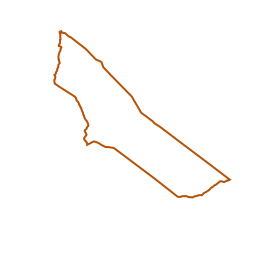 Santa Barbara, Heredia, Costa Rica (Mercator projection), rotated 127°
{"feature_id": "36466004B69757092766150", "entity_name": "Santa Barbara", "entity_type": "district", "adm_level": 2, "iso_a3": "CRI", "parent_name": "Costa Rica", "parent_adm1": "Heredia", "projection": "mercator", "projection_center": [-84.144, 10.082], "detail": "fine", "context": "isolated", "style": "outline", "palette": "amber", "viewbox_px": 256, "rotation_deg": 127, "n_neighbors": 0, "source": "geoboundaries", "source_scale": "gbopen_adm2", "svg_char_len": 5122}
<svg xmlns="http://www.w3.org/2000/svg" viewBox="0 0 256 256"><g transform="rotate(127 128 128)"><path d="M108.0,15.6L107.9,38.6L107.9,75.7L107.8,103.5L108.3,109.9L107.8,112.1L107.8,122.2L107.9,126.5L100.6,144.0L96.0,174.3L94.3,184.3L91.3,189.0L92.6,195.0L90.3,209.2L90.0,228.6L90.6,230.6L90.1,235.4L92.0,238.7L91.1,239.1L90.4,240.4L90.8,240.0L91.1,239.8L91.6,239.8L91.8,239.9L92.0,240.2L92.1,240.3L92.5,240.4L92.7,240.2L93.2,239.7L93.6,238.9L93.8,238.7L94.0,238.3L94.3,238.0L94.5,237.8L94.8,237.7L95.0,237.7L95.3,237.5L95.7,237.2L96.1,236.8L96.2,236.7L96.4,236.5L96.7,236.3L97.1,235.9L97.4,235.6L97.7,235.5L97.7,235.4L98.3,235.4L98.5,235.3L99.9,234.2L100.1,234.0L100.6,233.7L101.0,233.4L101.3,233.3L102.4,233.3L102.5,233.2L102.9,233.2L103.0,233.1L103.4,233.1L103.5,233.0L104.0,232.9L104.1,232.3L103.9,232.1L103.8,231.5L103.7,231.4L103.7,231.2L103.5,230.8L103.5,229.9L103.7,229.7L104.2,229.5L104.7,229.5L105.0,229.5L105.1,229.4L105.6,229.4L106.1,229.0L106.7,228.7L107.4,228.5L107.7,228.4L107.9,228.3L108.6,228.3L109.1,228.1L109.3,228.1L109.7,227.9L109.8,227.9L110.4,227.7L111.6,227.2L113.0,226.4L113.7,225.9L114.0,225.6L114.2,225.4L114.3,225.2L114.7,224.9L115.1,224.2L115.3,224.2L115.4,223.9L115.7,223.6L115.8,223.6L116.3,222.9L116.5,222.7L116.8,222.3L116.8,222.2L117.0,221.9L117.3,221.6L119.2,221.6L119.6,221.5L120.2,221.2L120.3,221.1L120.5,221.0L121.2,220.4L121.5,220.4L122.4,220.2L122.9,220.2L123.4,220.0L123.5,220.0L124.1,219.6L124.6,219.2L124.8,219.2L125.2,219.2L125.5,219.1L126.4,219.1L126.6,219.0L127.0,219.0L127.4,218.8L127.8,218.4L129.4,218.4L130.0,218.6L130.3,217.5L130.5,217.4L130.7,217.0L130.9,216.8L131.2,216.6L131.5,216.5L131.8,216.3L132.0,216.2L132.4,216.0L132.9,215.9L133.2,215.8L134.0,215.8L134.2,215.5L134.3,215.4L134.8,215.2L135.2,214.8L135.3,214.6L135.9,213.9L136.6,213.2L136.4,207.8L135.1,191.6L135.1,190.4L135.0,190.2L135.0,189.1L135.1,188.9L135.1,188.5L135.2,188.1L135.6,187.3L135.9,187.0L136.0,186.8L136.4,186.3L136.6,186.0L136.7,185.9L136.8,185.7L137.0,185.4L137.1,185.2L137.1,184.3L137.2,184.2L137.3,183.3L137.4,183.1L137.5,183.0L137.7,182.5L137.9,182.3L138.0,182.0L138.3,181.6L138.6,181.1L138.7,180.8L138.8,180.8L138.8,180.6L139.5,179.3L139.6,179.0L139.8,178.8L139.8,178.7L139.9,178.4L140.0,178.3L140.1,177.9L140.2,177.6L140.4,177.4L140.5,177.0L140.7,176.8L140.8,176.7L141.0,176.4L141.2,176.2L141.4,175.9L141.5,175.8L141.5,175.7L141.8,175.3L142.2,174.6L142.5,174.1L142.9,173.3L143.2,172.9L143.3,172.8L143.4,172.7L143.6,172.5L143.7,172.3L144.1,171.8L144.3,171.3L144.3,171.2L144.4,170.9L144.5,170.7L144.8,170.7L145.1,170.0L145.7,169.3L146.2,168.5L146.5,167.8L146.7,167.2L147.0,166.6L147.0,166.2L147.1,165.7L147.3,165.3L147.3,165.1L147.5,164.6L147.8,164.0L147.8,163.8L148.0,163.5L148.1,163.3L148.2,163.2L148.7,162.5L148.8,162.3L149.0,162.0L149.5,161.5L149.7,161.4L150.2,161.0L151.0,161.0L151.4,161.2L152.0,161.2L152.7,161.1L153.1,160.8L153.6,160.6L153.8,160.7L154.4,160.8L154.5,160.8L155.3,161.1L156.0,161.1L156.2,160.9L156.3,160.9L156.6,160.5L157.0,159.7L157.1,159.4L157.3,159.0L157.4,158.8L157.4,158.7L157.7,158.2L157.8,158.0L158.0,157.7L158.1,157.4L158.4,157.1L158.5,157.0L162.1,157.0L162.6,156.8L163.2,156.5L163.4,156.2L163.5,155.9L163.5,155.7L163.7,155.0L163.7,154.8L163.9,154.3L163.9,154.0L164.0,153.9L164.1,153.7L164.1,153.1L164.3,152.9L164.3,152.7L164.5,152.4L164.5,152.2L165.0,151.2L166.0,150.5L159.4,147.3L159.3,147.2L159.1,146.8L158.9,146.4L158.8,146.0L158.8,145.8L158.7,145.7L158.6,145.2L158.4,144.9L158.3,144.4L157.9,143.2L157.9,142.9L157.8,142.1L157.7,141.9L157.7,141.0L157.6,140.9L157.6,139.7L157.5,139.3L157.5,138.9L157.4,138.8L157.4,138.4L157.3,137.5L157.2,137.4L157.2,137.2L157.2,136.6L157.0,136.3L157.0,135.9L156.9,135.7L156.9,135.4L156.8,135.1L156.7,134.7L156.6,134.4L156.5,134.1L156.3,133.8L156.0,133.5L155.6,132.8L155.4,132.7L154.7,131.6L154.5,131.3L154.5,131.1L152.5,127.4L152.4,76.1L153.0,47.1L152.1,45.4L151.8,45.0L151.0,44.4L149.9,43.7L149.7,43.4L149.4,43.1L148.8,42.4L148.6,42.0L148.2,41.6L148.1,41.4L147.9,41.2L147.7,41.0L147.6,40.8L147.4,40.6L147.0,39.4L146.9,38.8L146.7,38.3L146.5,37.6L146.2,37.1L145.8,36.7L145.6,36.5L145.6,36.3L145.3,35.9L144.9,35.2L144.6,34.8L144.6,34.7L143.6,34.2L143.4,34.1L142.6,33.7L142.2,33.5L141.5,32.7L141.0,32.3L140.6,32.0L139.9,31.6L139.5,31.3L139.3,31.1L139.1,31.0L138.6,30.5L138.4,30.3L138.2,30.0L138.0,29.8L137.9,29.6L137.5,29.1L137.3,28.6L137.1,28.6L136.8,28.4L135.3,28.4L134.9,28.4L134.4,28.2L134.2,28.1L133.6,27.8L133.3,27.7L132.9,27.5L132.6,27.3L131.8,27.1L131.6,27.0L131.5,26.9L131.4,26.9L131.1,26.8L130.9,26.7L130.5,26.5L130.1,26.3L129.7,26.2L129.0,26.0L128.4,25.9L127.8,25.7L126.2,25.7L124.8,25.3L124.7,25.2L124.1,24.9L123.1,24.7L121.8,24.4L121.4,24.3L121.0,24.0L120.7,23.9L120.3,23.7L120.1,23.6L119.9,23.5L119.8,23.4L119.5,23.4L118.6,23.2L118.1,23.1L117.4,22.8L117.0,22.8L116.5,22.7L116.2,22.7L115.5,22.5L114.9,22.1L114.7,21.9L114.5,21.5L114.4,21.4L114.1,20.8L114.0,20.3L113.8,20.0L113.8,19.8L113.7,19.6L113.6,19.1L113.4,18.8L113.0,18.5L112.5,18.3L112.2,18.1L111.7,17.9L110.9,17.6L110.3,17.1L110.1,17.1L109.9,16.8L109.7,16.5L108.8,16.0L108.5,15.8L108.2,15.7L108.0,15.6Z" fill="none" stroke="#b45309" stroke-width="2"/></g></svg>